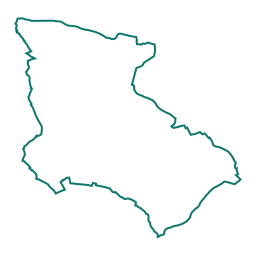 Zau De Campie, Mures, Romania
{"feature_id": "2599482B76504610301788", "entity_name": "Zau De Campie", "entity_type": "district", "adm_level": 2, "iso_a3": "ROU", "parent_name": "Romania", "parent_adm1": "Mures", "projection": "robinson", "projection_center": [24.155, 46.61], "detail": "fine", "context": "isolated", "style": "outline", "palette": "teal", "viewbox_px": 256, "rotation_deg": 0, "n_neighbors": 0, "source": "geoboundaries", "source_scale": "gbopen_adm2", "svg_char_len": 5688}
<svg xmlns="http://www.w3.org/2000/svg" viewBox="0 0 256 256"><path d="M157.3,237.7L157.8,237.2L160.4,235.4L163.6,234.4L164.1,234.1L164.2,233.7L164.3,232.0L164.5,231.3L164.7,230.9L165.1,230.2L165.7,229.5L166.1,229.1L166.6,228.7L168.8,227.9L170.2,227.6L171.9,227.0L173.4,226.2L177.4,225.5L179.0,224.9L180.5,224.5L181.4,224.3L182.8,223.5L185.0,222.4L186.5,221.3L188.5,219.5L189.1,218.8L190.2,216.9L190.8,214.7L191.2,213.8L191.7,212.7L192.3,212.0L194.1,210.1L195.1,209.1L197.3,207.5L197.7,207.3L198.1,206.9L199.0,205.7L199.5,204.9L200.6,202.3L202.7,199.7L204.0,198.3L205.5,196.3L209.6,191.7L212.6,188.8L213.9,187.8L217.8,185.9L221.7,183.6L223.5,182.2L223.9,181.8L224.6,181.6L224.9,181.6L227.5,182.1L232.2,183.6L234.8,184.2L240.6,179.5L236.0,175.1L238.1,174.1L237.7,173.4L237.4,172.4L236.7,169.9L236.7,169.2L236.5,169.5L235.2,167.6L235.0,167.0L235.0,166.0L235.1,164.6L235.9,162.8L235.5,162.4L234.7,161.3L233.5,159.0L232.9,157.7L230.6,154.3L228.7,152.1L227.7,151.3L227.0,150.8L222.8,148.7L221.7,148.1L219.5,147.3L215.8,146.4L214.0,145.7L213.6,145.4L213.4,145.0L211.8,140.9L211.4,140.0L210.3,138.7L209.6,137.6L208.7,138.1L206.3,135.2L205.6,134.2L205.1,133.6L204.8,133.4L203.6,133.9L202.9,134.4L202.6,134.3L201.1,133.1L200.1,132.1L198.6,132.6L196.8,133.4L194.6,134.0L190.7,134.8L187.1,127.5L185.6,128.2L184.4,125.4L180.6,126.1L179.3,126.5L178.9,126.7L178.0,127.0L176.4,127.3L174.0,127.9L173.5,127.8L172.5,127.3L171.4,126.4L174.0,124.3L174.9,122.9L175.1,122.4L175.3,121.6L175.3,120.9L175.3,119.4L175.3,118.7L175.5,118.5L174.2,117.6L171.6,115.4L170.5,114.5L170.0,114.1L166.2,112.5L161.8,110.1L160.9,109.6L159.4,108.3L158.1,107.3L157.0,106.0L155.4,103.2L154.1,101.7L152.8,100.4L151.8,99.9L150.7,99.5L149.7,99.0L148.5,98.3L143.8,96.8L143.7,96.6L142.8,96.0L139.5,94.9L138.4,94.2L137.1,93.7L136.5,93.0L136.1,92.6L135.3,91.3L134.5,90.2L134.2,89.6L134.3,89.4L134.2,89.0L134.3,88.0L134.2,87.1L134.2,86.4L133.9,85.9L133.8,85.5L133.2,85.0L133.2,85.4L131.9,84.7L133.6,78.7L134.6,74.8L135.4,71.6L136.4,68.1L137.7,67.5L138.7,67.2L139.5,66.8L140.1,66.7L140.8,66.4L143.1,64.6L143.7,63.0L144.3,62.3L146.2,61.3L147.7,60.4L150.0,58.8L150.9,58.3L154.3,55.9L154.3,54.5L154.9,52.1L154.9,51.3L155.0,48.5L154.6,44.5L150.7,43.5L147.5,42.5L146.4,43.2L145.6,43.7L145.1,43.9L144.7,43.9L143.5,43.5L143.1,43.6L142.3,43.8L141.6,44.3L140.6,44.7L139.2,44.2L138.3,44.1L137.0,44.2L137.0,43.7L136.5,41.5L136.7,41.1L136.9,40.5L136.8,39.6L136.2,37.0L131.0,36.2L120.7,33.7L119.6,33.7L119.0,33.8L118.0,34.4L117.3,35.1L116.2,37.4L115.5,38.2L115.2,38.5L114.3,38.8L112.6,39.1L111.7,39.0L111.2,38.9L109.1,38.0L108.4,37.8L106.5,37.9L106.4,37.7L103.9,36.1L101.9,34.9L98.7,33.3L95.3,31.9L87.0,29.8L85.9,29.8L81.5,28.7L80.2,28.2L77.3,26.8L76.1,26.5L74.5,26.2L68.3,25.6L67.6,25.4L64.8,24.0L61.0,21.6L55.6,21.1L54.3,20.8L53.8,20.7L31.5,20.9L30.8,20.6L29.7,20.1L27.6,19.7L26.4,19.7L23.8,18.8L21.7,18.3L19.3,18.6L17.6,18.6L16.6,21.7L16.4,22.1L15.4,23.7L16.3,24.5L16.7,25.1L16.6,26.5L16.1,27.6L16.0,28.2L16.2,28.9L16.8,29.7L17.0,30.0L17.1,30.4L16.3,30.4L16.3,30.9L16.6,31.1L16.6,31.5L17.1,31.5L17.0,32.5L17.8,32.5L19.5,34.2L19.3,34.3L20.3,35.6L21.5,37.1L23.2,38.9L23.3,39.1L23.4,39.8L24.5,40.9L24.2,41.2L24.9,42.2L26.4,43.9L27.4,45.3L28.0,46.8L31.2,51.4L26.4,53.3L29.0,54.9L29.4,55.2L30.3,56.2L33.4,57.7L34.7,58.5L33.0,58.8L32.1,59.1L28.0,60.9L28.2,61.2L28.3,61.7L27.7,62.8L27.7,63.3L27.8,63.8L28.6,65.7L28.8,66.6L28.9,67.5L28.8,68.0L28.5,68.6L27.8,69.4L26.7,71.2L26.0,72.0L26.7,73.8L27.0,74.6L27.6,75.1L28.7,75.9L29.2,76.6L29.7,78.3L29.5,80.2L29.6,81.6L30.0,84.1L30.4,85.6L31.1,87.3L31.1,87.7L30.9,87.9L31.4,88.0L31.8,88.6L31.8,89.2L31.8,89.5L31.3,90.0L30.9,90.8L30.8,91.2L29.7,93.9L29.4,95.4L29.1,96.1L28.6,96.7L28.5,97.5L28.5,97.9L29.5,100.6L30.6,102.4L31.6,104.0L30.8,104.6L32.5,107.1L33.8,110.0L34.8,112.6L34.9,113.4L35.4,114.5L37.1,118.2L38.4,120.5L39.5,122.6L41.5,125.8L41.8,127.1L41.9,129.6L41.8,130.5L41.5,133.3L41.1,134.1L40.3,135.0L39.7,135.3L38.4,135.9L37.8,135.8L36.5,135.6L36.3,137.2L35.6,137.2L35.3,137.3L33.3,139.6L32.3,140.2L29.6,141.6L27.7,143.6L26.1,145.3L25.3,145.8L24.3,146.3L24.1,148.0L23.8,148.5L23.5,148.7L23.2,148.8L24.2,151.2L25.0,154.8L24.4,155.7L23.7,157.2L22.4,160.7L24.7,161.6L24.7,161.8L25.6,162.8L27.5,164.4L28.0,164.8L30.2,167.4L29.4,168.1L31.9,170.5L32.3,170.2L35.1,173.0L36.0,174.1L36.5,175.2L36.6,176.6L36.5,177.6L36.3,178.8L37.7,179.1L38.9,179.5L40.7,180.6L44.4,182.3L45.9,183.2L48.2,184.5L49.6,186.7L51.8,188.6L53.0,189.6L54.0,190.5L54.2,190.8L55.0,192.3L55.8,193.5L60.0,191.5L62.9,190.4L64.7,189.9L64.5,189.1L62.2,184.8L61.4,183.4L60.5,182.1L61.8,181.1L62.5,180.1L63.0,179.9L63.3,180.4L65.0,179.2L66.4,177.8L69.2,177.6L70.4,183.3L74.2,183.6L75.8,183.9L86.4,184.8L89.3,185.3L91.6,185.9L93.1,182.9L96.0,183.7L95.9,185.2L103.5,186.8L106.2,187.4L110.0,188.6L112.4,191.8L113.7,192.2L114.8,192.2L115.1,192.0L116.8,193.3L117.7,194.1L118.7,195.1L119.3,195.9L120.1,196.5L121.2,197.1L122.1,197.3L122.8,197.7L124.3,198.9L125.1,199.1L127.3,198.5L128.1,198.5L128.6,198.6L130.1,199.3L131.0,199.3L131.7,199.5L132.1,199.8L133.2,200.7L134.2,201.0L134.5,201.2L135.6,202.2L136.0,202.4L135.6,203.8L135.7,204.3L135.7,204.5L135.2,205.2L135.2,205.3L135.3,205.5L135.6,205.7L136.2,205.5L137.0,205.7L137.3,206.0L137.9,206.8L138.4,207.1L140.8,208.2L141.2,208.8L143.3,210.4L144.1,210.9L144.4,211.4L144.9,211.9L145.7,213.0L146.2,213.8L147.9,214.5L148.0,214.7L148.2,215.1L148.5,215.9L148.6,216.7L148.5,218.1L148.3,219.3L148.3,219.6L148.8,221.2L149.2,221.8L150.1,222.5L150.3,224.6L150.4,225.4L150.7,226.0L150.9,226.5L151.4,227.2L151.6,227.5L153.3,229.4L153.7,230.2L154.3,231.4L154.6,231.7L155.7,232.3L156.2,232.6L156.5,232.9L157.7,234.4L157.8,234.8L157.9,235.7L157.7,236.5L157.3,237.7Z" fill="none" stroke="#0f766e" stroke-width="2"/></svg>